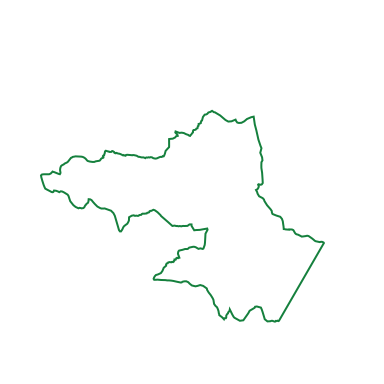 outline of Nyunzu, Katanga, Democratic Republic of the Congo, rotated 119°
{"feature_id": "63176286B34424841963647", "entity_name": "Nyunzu", "entity_type": "district", "adm_level": 2, "iso_a3": "COD", "parent_name": "Democratic Republic of the Congo", "parent_adm1": "Katanga", "projection": "equal_earth", "projection_center": [28.006, -5.86], "detail": "fine", "context": "isolated", "style": "outline", "palette": "green", "viewbox_px": 384, "rotation_deg": 119, "n_neighbors": 0, "source": "geoboundaries", "source_scale": "gbopen_adm2", "svg_char_len": 5948}
<svg xmlns="http://www.w3.org/2000/svg" viewBox="0 0 384 384"><g transform="rotate(119 192 192)"><path d="M215.3,299.0L214.9,300.0L214.5,301.1L214.2,302.7L214.3,304.6L214.8,306.1L215.3,307.1L217.2,311.0L219.2,313.4L220.3,313.9L220.8,314.4L225.7,315.2L226.7,315.6L228.1,316.6L228.9,317.2L229.9,317.5L231.9,318.8L232.9,319.1L234.5,318.9L236.0,318.4L237.0,317.9L238.7,316.5L239.4,316.2L240.5,316.2L240.8,317.3L241.4,322.1L241.7,323.2L241.7,323.8L244.3,324.5L245.7,325.5L248.2,330.0L249.4,331.7L250.7,332.1L252.3,330.8L254.8,328.3L257.8,325.1L259.1,323.5L260.2,322.0L260.2,319.7L260.1,316.8L260.1,314.8L259.7,313.7L259.1,313.3L257.6,313.4L256.8,311.4L256.5,309.3L256.5,308.0L255.0,307.1L254.5,305.7L254.4,303.8L254.6,299.5L255.4,298.0L257.1,296.2L259.1,294.0L261.0,289.4L261.5,286.6L261.3,283.4L260.4,282.7L259.9,281.3L259.9,280.7L258.7,279.2L257.5,278.8L255.5,278.9L254.7,278.6L253.4,278.5L252.1,277.8L250.7,277.9L248.4,278.9L247.8,277.5L247.8,275.9L248.6,274.0L249.6,271.2L250.6,267.7L250.6,264.4L250.3,263.0L248.7,260.3L247.6,253.6L248.0,252.5L248.5,250.6L250.2,248.0L258.7,239.4L260.7,237.4L261.4,235.9L260.9,235.0L258.5,234.8L256.3,235.0L255.0,234.9L253.0,234.1L251.1,233.2L248.9,233.2L247.4,233.4L244.6,234.8L241.9,233.2L240.6,231.6L240.6,230.9L240.5,230.3L239.8,229.4L239.7,229.3L239.2,227.9L238.7,227.2L237.7,226.9L236.5,225.3L235.6,225.2L234.8,224.6L234.3,223.5L232.7,221.2L231.9,221.1L231.0,220.0L230.4,219.6L229.6,219.8L228.8,219.4L228.3,218.6L228.2,218.4L226.3,217.2L226.0,215.7L226.4,212.3L227.5,208.3L228.0,207.4L229.9,198.4L231.2,192.7L229.8,190.9L229.7,190.5L229.4,189.2L228.9,188.6L228.6,187.3L227.7,186.2L227.2,184.7L226.6,184.1L225.9,183.2L225.7,182.7L225.4,182.1L223.8,179.5L221.6,178.5L220.8,177.1L220.6,176.7L221.9,175.9L224.4,171.5L223.3,170.0L221.4,166.9L216.6,161.0L217.5,160.1L221.9,160.0L225.2,158.4L230.2,156.0L232.2,155.2L235.9,154.6L236.6,155.0L237.2,157.3L238.5,158.7L238.6,158.8L238.5,162.0L238.8,163.4L239.3,164.4L242.0,167.5L243.8,168.1L244.3,168.7L245.2,170.4L247.2,172.3L249.5,174.9L250.6,175.1L252.3,174.6L252.9,174.3L254.9,172.0L255.6,171.2L256.3,171.9L256.4,172.0L256.6,172.6L256.8,172.5L257.2,173.4L257.4,173.6L259.1,173.5L259.5,174.6L260.6,174.2L260.9,174.4L261.6,174.2L261.9,174.6L262.5,174.6L263.0,175.8L263.5,176.0L264.2,177.7L265.2,178.7L266.1,178.7L266.8,179.5L268.0,179.5L269.0,178.9L272.0,180.0L273.5,179.8L275.4,179.6L278.0,179.9L280.7,181.9L282.1,183.3L283.7,183.7L285.2,183.7L286.5,183.5L287.1,182.7L287.0,182.3L286.6,181.6L285.3,179.5L284.0,176.5L281.9,172.4L281.4,171.0L280.4,169.1L279.6,167.3L278.8,165.1L277.9,162.0L276.7,158.1L276.1,157.2L275.2,156.9L274.0,155.6L272.9,153.8L272.7,151.5L273.3,149.7L273.8,146.8L273.2,144.6L272.8,143.2L271.4,141.6L269.4,139.7L268.7,136.7L269.2,132.3L270.3,131.3L271.8,128.7L273.1,125.6L274.9,122.4L275.9,121.0L279.2,118.4L280.2,116.3L280.7,114.2L282.0,112.5L283.3,111.1L285.2,109.6L285.4,109.3L285.9,108.8L286.5,108.4L286.9,105.3L287.4,103.6L287.8,102.4L286.8,102.6L286.0,101.2L285.2,101.2L283.5,102.1L281.9,102.1L280.8,101.7L279.7,102.0L278.3,101.6L277.0,101.8L276.4,102.0L277.7,100.1L279.6,97.4L281.0,95.1L281.4,94.0L281.4,89.7L281.4,87.7L279.3,84.9L270.9,84.0L267.9,84.0L265.0,82.3L262.9,81.1L261.8,81.2L260.7,79.8L259.7,75.7L260.9,74.1L262.8,72.0L266.8,67.9L268.0,66.7L268.6,63.3L267.1,60.9L266.1,60.0L265.7,59.3L265.3,56.9L264.8,56.2L264.1,56.2L263.5,55.0L263.1,54.8L263.0,53.8L262.5,53.5L172.7,51.9L172.4,52.4L172.4,53.1L172.5,54.0L173.0,55.0L173.9,56.0L175.1,60.0L175.1,61.2L174.8,62.3L174.4,64.6L174.0,68.6L174.3,69.8L175.0,70.8L175.3,71.0L177.1,73.4L177.8,74.4L177.8,75.4L177.9,78.5L178.3,80.0L178.3,81.0L177.8,82.3L177.0,83.5L176.2,84.9L176.3,86.3L177.6,88.9L177.9,88.8L179.5,92.4L179.6,93.3L179.9,93.8L177.8,95.2L176.0,96.6L173.6,98.4L171.9,100.3L170.9,102.8L171.7,106.8L172.2,110.9L171.3,112.1L169.9,113.1L169.0,114.9L167.2,119.9L165.5,123.0L164.7,124.4L163.7,125.4L163.1,127.2L163.2,131.2L161.7,133.8L160.4,135.1L159.2,137.0L157.8,136.1L155.9,136.0L154.5,136.4L153.6,137.7L153.0,137.6L152.3,135.3L151.4,134.6L149.8,134.5L146.6,136.5L141.2,140.0L137.3,143.0L135.2,144.2L132.3,145.7L130.2,145.7L127.7,147.5L124.6,151.3L122.7,151.8L120.0,152.5L118.4,154.5L114.0,159.3L107.0,165.5L102.5,169.8L96.2,174.6L97.9,176.5L101.5,179.3L104.9,180.6L107.5,182.3L108.9,184.5L109.3,186.1L108.6,187.7L107.6,189.0L111.0,191.7L112.8,194.4L112.8,197.6L111.4,204.5L111.2,210.7L111.6,211.6L111.4,212.9L111.3,213.8L112.0,214.3L112.8,214.5L114.5,216.2L116.2,216.5L117.4,217.3L118.2,218.4L121.1,218.8L124.6,217.9L125.1,218.3L126.6,218.1L126.9,218.0L127.0,217.9L127.5,217.7L128.5,218.4L128.6,218.5L129.3,219.2L130.6,218.5L131.1,218.4L131.6,218.8L133.6,218.1L134.4,218.9L135.6,219.0L136.3,219.6L137.1,220.7L138.3,220.7L139.2,220.1L139.7,220.1L140.6,220.4L141.8,220.5L142.1,220.5L143.2,220.9L143.9,220.9L144.1,221.6L143.9,223.0L144.3,225.1L144.4,227.7L145.1,229.8L146.4,231.6L147.0,235.7L148.1,235.4L149.0,232.5L149.8,231.7L150.9,232.9L152.5,233.2L154.7,234.7L156.1,236.8L156.8,237.7L162.7,234.4L163.9,233.8L166.2,234.4L168.9,235.0L171.5,234.3L173.8,234.0L174.6,234.1L174.8,235.0L176.0,235.4L176.6,236.7L177.7,237.6L179.7,239.1L180.6,240.3L180.9,241.3L181.2,242.3L181.1,243.8L181.6,245.1L182.4,245.8L182.6,246.7L183.5,247.6L183.8,248.5L184.3,249.0L185.0,249.2L185.2,251.1L186.2,252.9L186.8,255.2L187.2,255.9L187.1,258.0L187.9,260.7L188.4,261.7L188.8,262.0L189.6,263.9L190.9,266.8L191.7,267.7L192.5,267.7L192.6,268.0L192.7,268.3L192.8,269.7L193.4,270.0L193.4,270.7L193.5,272.7L193.7,274.0L194.2,275.3L194.4,277.0L194.7,277.5L195.1,277.5L195.3,277.9L195.3,279.0L194.8,279.5L194.7,281.1L194.9,281.7L195.3,281.8L196.0,282.0L196.9,283.4L196.9,284.3L197.1,284.4L197.7,287.4L197.9,287.5L198.0,287.6L198.8,287.7L200.8,287.0L201.7,287.0L202.2,286.7L202.6,286.7L203.3,287.3L203.9,287.3L204.5,286.3L205.0,286.2L206.4,287.4L207.0,287.6L209.0,287.8L209.7,288.3L211.7,290.9L213.2,292.2L213.9,293.5L214.9,296.1L215.4,298.1L215.3,299.0Z" fill="none" stroke="#15803d" stroke-width="2"/></g></svg>